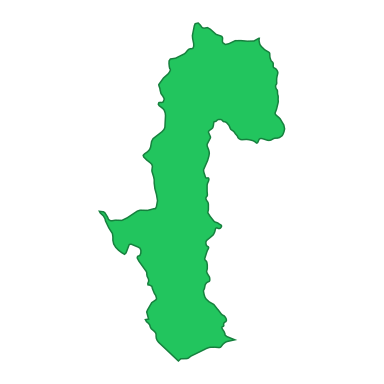 an SVG outline of Mae Hong Son
{"feature_id": "THA-374", "entity_name": "Mae Hong Son", "entity_type": "Province", "adm_level": 1, "iso_a3": "THA", "parent_name": "Thailand", "parent_adm1": "", "projection": "albers", "projection_center": [98.108, 18.681], "detail": "fine", "context": "isolated", "style": "filled", "palette": "green", "viewbox_px": 384, "rotation_deg": 0, "n_neighbors": 0, "source": "natural_earth", "source_scale": "10m", "svg_char_len": 6026}
<svg xmlns="http://www.w3.org/2000/svg" viewBox="0 0 384 384"><path d="M198.2,23.0L200.3,25.1L202.1,27.6L203.9,28.2L207.5,27.6L210.4,29.3L216.1,34.4L220.9,36.0L221.9,36.5L222.6,38.0L222.4,41.1L222.7,42.6L225.3,44.5L228.9,43.7L235.2,40.7L240.9,40.6L247.5,41.2L253.9,41.0L258.8,38.3L259.3,38.3L259.0,40.1L259.5,43.1L259.9,44.5L261.1,46.2L262.3,47.5L262.8,47.9L264.2,49.3L265.4,50.2L268.8,52.2L269.5,52.9L269.7,53.4L269.9,57.1L270.2,58.2L270.9,60.3L271.1,60.7L271.4,61.1L272.5,62.1L272.8,62.5L273.0,62.9L273.2,63.4L273.2,66.4L273.3,67.0L273.6,67.5L274.0,67.8L274.9,68.3L275.7,68.7L276.7,69.9L277.2,70.7L277.6,71.7L277.8,72.2L277.8,73.1L277.6,74.1L277.0,76.5L276.7,78.3L276.6,81.1L276.7,82.4L276.7,83.4L276.5,84.1L275.9,84.9L275.6,85.7L275.6,86.6L275.9,88.1L276.3,88.9L276.6,89.4L277.0,89.8L277.3,90.2L277.4,90.8L277.5,91.7L277.5,93.1L277.7,94.7L278.1,95.8L278.2,97.0L278.1,99.8L278.3,101.2L278.1,102.7L276.5,109.3L275.3,112.4L275.1,112.9L275.1,113.5L275.5,114.4L276.3,115.3L279.2,117.8L280.2,118.9L283.8,125.0L283.9,125.5L284.6,128.9L284.0,131.6L283.1,134.0L282.5,135.1L282.0,135.8L280.0,137.2L279.1,137.7L278.6,137.8L277.4,138.1L275.0,138.2L274.4,138.3L273.0,138.9L271.2,139.9L270.8,140.1L269.1,140.4L268.5,140.4L267.3,140.2L263.2,138.9L261.4,138.5L260.8,138.5L260.3,138.6L259.8,138.8L259.4,139.1L259.1,139.4L257.7,142.5L257.1,143.0L256.6,143.1L256.2,142.8L254.7,141.6L253.3,140.8L251.3,140.2L249.0,139.7L246.5,139.4L242.1,139.7L240.9,139.6L240.4,139.4L239.4,138.9L239.1,138.7L238.3,138.0L238.0,137.6L237.4,136.2L236.8,135.4L235.2,133.6L234.7,132.7L234.1,131.9L233.4,131.2L231.4,129.8L230.7,129.2L230.4,128.7L229.0,125.4L226.8,122.9L226.0,122.3L225.5,122.0L225.1,121.8L223.8,121.7L223.4,121.5L223.0,121.2L222.6,120.9L222.0,120.1L221.6,119.8L221.2,119.6L220.6,119.5L218.7,119.5L218.1,119.6L217.2,120.1L216.2,121.1L215.8,121.4L214.7,121.6L214.2,121.7L213.8,122.4L213.4,125.4L212.9,127.3L212.7,127.8L212.2,128.3L211.6,128.9L209.7,130.2L209.0,130.9L208.7,131.2L208.5,131.7L208.5,132.4L210.4,136.7L210.5,137.3L210.4,137.9L207.3,143.9L207.1,144.6L207.1,145.4L207.3,146.4L208.7,150.0L209.1,151.7L209.2,152.4L209.3,153.4L208.9,156.0L207.6,160.5L203.6,169.6L203.6,170.7L203.8,172.1L205.3,176.7L205.7,177.6L206.1,177.9L206.6,178.1L207.7,177.9L208.2,177.9L208.6,178.2L208.8,178.7L208.9,179.5L208.6,180.8L208.1,182.1L207.8,182.6L207.3,184.1L207.1,185.3L207.1,186.6L207.1,188.5L207.1,189.1L207.1,191.3L207.3,193.7L207.4,195.0L207.2,195.8L207.0,196.2L206.3,197.0L206.1,197.4L205.9,197.9L205.9,198.6L206.1,199.5L206.8,200.7L207.9,202.3L208.2,203.2L208.4,204.4L208.4,209.5L208.2,210.7L207.9,211.7L207.8,212.4L208.1,213.2L210.2,216.5L214.1,221.4L214.5,221.7L215.5,222.2L216.6,222.5L217.6,222.9L218.0,223.1L219.6,224.3L220.5,224.7L221.3,225.3L221.5,225.8L221.5,226.5L221.0,227.4L220.5,228.0L220.1,228.3L219.5,228.5L219.0,228.6L218.4,228.5L217.9,228.3L217.0,227.9L216.5,227.9L216.1,228.1L215.8,228.4L215.5,228.8L215.2,229.9L214.8,231.6L214.4,232.6L213.5,234.4L212.9,235.2L206.9,240.2L206.3,241.0L206.1,241.4L205.9,241.9L205.9,243.2L206.0,243.9L206.2,244.8L206.5,245.5L207.2,246.2L208.3,246.8L208.6,247.3L208.6,247.9L208.3,248.8L207.4,250.4L206.7,252.3L204.7,258.7L204.8,259.3L205.1,260.0L206.4,261.3L206.8,262.1L207.0,263.1L207.3,265.1L207.3,268.5L207.2,269.1L206.6,271.3L206.8,272.3L207.3,273.5L209.0,276.3L209.5,277.2L209.7,278.1L209.8,279.7L209.7,280.6L209.4,281.2L209.0,281.5L207.6,282.1L206.7,282.7L206.4,283.0L205.8,283.8L205.3,284.6L205.1,285.1L204.4,288.6L204.2,289.1L203.7,290.0L203.5,290.5L203.5,291.2L203.6,292.0L204.1,294.6L205.0,297.3L205.6,298.2L206.2,299.1L209.1,301.8L213.5,304.3L213.9,304.6L217.5,309.2L218.2,309.9L221.2,313.9L222.2,314.8L223.0,315.3L223.5,315.5L224.1,315.8L224.6,316.4L225.3,317.2L225.9,318.3L226.3,319.2L226.4,320.5L226.1,321.1L225.8,321.6L225.3,321.8L224.2,322.7L223.9,323.1L223.7,323.7L223.6,324.5L223.8,325.7L223.5,326.2L223.0,326.5L222.5,326.6L222.1,327.0L221.9,327.4L222.0,328.3L222.6,329.4L224.0,331.5L224.9,333.6L225.0,334.9L226.7,336.5L234.8,339.8L227.2,341.5L226.4,341.8L225.5,342.2L224.0,343.3L222.7,344.5L221.2,346.5L220.5,347.2L219.9,347.4L219.2,347.6L215.1,347.2L209.9,347.3L208.6,347.7L206.6,348.4L191.1,356.0L188.9,357.6L188.6,358.0L186.9,358.6L180.7,358.8L178.4,361.0L158.6,342.3L157.2,340.4L156.3,338.3L156.1,336.4L156.1,334.7L155.8,333.2L154.6,331.6L151.2,328.7L150.3,327.0L149.7,324.9L148.3,323.2L146.5,321.7L145.4,319.6L148.6,319.1L146.7,312.0L147.6,309.8L151.7,302.7L155.6,300.0L156.1,299.6L156.5,298.8L156.2,297.0L155.6,295.3L155.1,294.5L154.5,293.7L152.4,288.6L152.0,286.8L151.7,286.2L149.8,285.2L149.2,284.9L148.5,285.0L148.0,284.9L147.8,283.6L148.0,282.9L148.6,281.4L148.7,280.5L148.4,278.9L147.1,276.2L146.8,274.4L146.8,273.1L146.6,272.2L146.1,271.2L138.8,261.0L137.2,257.9L137.6,256.4L139.8,255.5L140.8,253.2L140.9,250.4L140.0,248.2L138.2,247.1L131.0,244.1L129.4,244.5L129.1,244.8L126.4,252.0L125.8,253.2L124.5,254.3L121.6,252.6L118.5,250.2L115.7,247.3L113.7,244.0L112.9,240.3L112.9,236.9L112.4,233.5L108.8,227.8L105.5,220.9L105.0,218.7L103.4,215.9L100.3,213.0L99.4,211.3L103.5,211.8L104.8,212.7L107.7,217.3L108.1,218.6L108.7,219.6L110.2,220.6L111.7,220.8L115.3,220.2L121.9,220.4L127.4,217.7L137.3,211.1L140.1,210.2L147.6,210.4L154.4,208.6L155.1,208.8L155.5,208.5L156.4,206.8L157.5,200.7L156.5,194.6L154.9,188.7L154.2,183.1L154.2,179.7L153.7,177.1L152.0,171.5L151.9,170.3L152.4,166.3L151.8,164.4L150.3,162.8L146.9,160.2L143.7,157.0L143.2,155.3L144.6,153.8L147.6,151.7L149.6,149.5L150.6,147.1L151.6,141.4L153.1,138.6L161.9,131.8L164.0,129.5L164.9,127.3L165.5,115.6L165.2,112.9L164.1,110.0L162.9,108.6L159.1,105.6L158.3,104.2L158.9,102.6L160.2,102.4L161.8,102.5L163.2,101.9L164.3,99.0L163.0,96.4L161.0,93.6L160.1,90.0L159.9,88.5L158.9,85.6L158.8,84.5L163.5,78.0L168.2,73.8L169.4,72.2L170.4,70.1L170.3,69.2L169.7,68.5L169.3,66.6L169.0,63.6L169.1,60.9L170.4,59.0L175.6,58.2L184.4,53.8L185.6,52.8L187.6,50.3L188.9,49.2L190.4,48.7L191.8,48.7L192.9,48.3L193.7,46.4L193.7,43.8L192.6,38.3L192.4,35.6L194.3,25.8L195.2,23.7L198.2,23.0Z" fill="#22c55e" stroke="#15803d" stroke-width="1.5"/></svg>